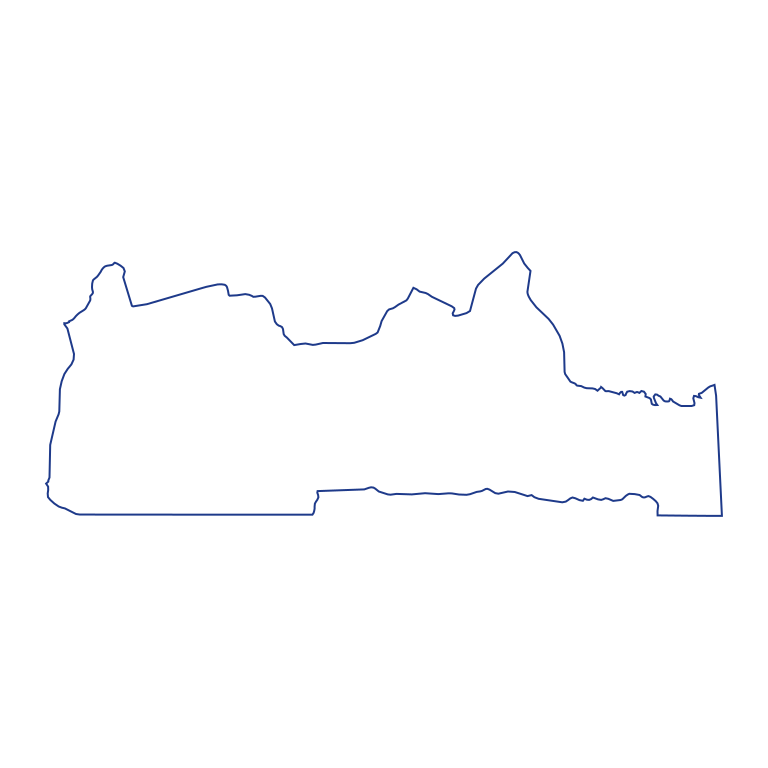 map outline of Sud (Albers equal-area conic projection)
{"feature_id": "CMR-803", "entity_name": "Sud", "entity_type": "Province", "adm_level": 1, "iso_a3": "CMR", "parent_name": "Cameroon", "parent_adm1": "", "projection": "albers", "projection_center": [11.82, 2.912], "detail": "fine", "context": "isolated", "style": "outline", "palette": "blue", "viewbox_px": 768, "rotation_deg": 0, "n_neighbors": 0, "source": "natural_earth", "source_scale": "10m", "svg_char_len": 4277}
<svg xmlns="http://www.w3.org/2000/svg" viewBox="0 0 768 768"><path d="M390.5,494.7L387.8,494.4L378.8,491.5L375.2,488.6L373.5,487.6L371.1,487.3L368.9,487.8L364.3,489.4L317.6,491.1L317.3,492.7L318.1,495.0L318.4,497.3L317.3,499.8L316.0,501.6L314.9,503.6L314.6,506.5L314.6,508.7L314.2,510.9L313.6,512.9L312.4,514.7L260.1,514.7L207.7,514.7L155.4,514.6L152.8,514.6L114.3,514.6L103.1,514.6L79.5,514.5L76.0,514.0L64.9,508.4L61.9,507.7L58.7,506.5L54.3,503.5L50.3,499.9L48.0,497.1L47.7,493.5L48.2,489.9L48.1,486.6L46.1,483.6L48.3,481.6L48.3,480.5L49.5,477.5L50.2,444.9L55.6,421.5L58.6,414.3L59.3,411.4L59.9,389.2L61.7,381.2L64.4,374.0L67.7,368.9L71.4,364.4L73.6,359.6L74.0,354.0L67.4,328.5L64.3,324.3L64.3,323.2L66.0,323.3L67.1,323.0L69.1,322.1L69.1,321.3L72.1,320.0L73.2,319.2L74.2,318.2L75.9,316.1L77.6,314.4L79.5,312.8L84.0,310.0L85.1,309.1L85.8,308.3L90.0,300.8L90.2,300.4L90.3,299.8L90.4,298.9L90.2,297.2L90.2,296.4L90.5,295.9L92.1,294.2L92.5,293.6L92.9,292.9L92.9,292.3L92.9,291.8L92.2,289.3L92.0,287.1L92.2,283.6L92.9,280.6L93.2,280.0L93.8,279.4L96.9,276.9L98.1,275.5L100.7,271.8L101.3,270.6L101.9,269.6L102.9,268.3L104.0,267.2L104.5,266.8L105.1,266.4L106.2,266.0L107.3,265.7L111.3,265.1L112.1,264.9L112.5,264.7L113.0,264.4L114.1,263.2L114.4,262.9L114.8,262.7L117.3,263.7L120.6,265.7L123.5,268.0L124.8,271.4L123.2,277.1L131.9,305.8L133.1,306.4L146.9,304.2L201.9,288.1L206.5,286.8L217.8,284.4L221.6,284.3L224.8,284.8L226.2,285.8L227.0,287.1L228.0,290.8L228.7,294.8L229.6,295.7L237.0,295.3L245.3,294.1L249.2,294.8L251.8,295.9L253.3,296.8L255.3,296.7L260.8,295.8L262.7,295.9L265.0,297.5L270.2,304.0L272.0,308.4L274.9,321.5L276.8,324.2L278.7,325.6L280.5,326.2L282.1,327.2L283.0,329.1L283.7,334.1L284.7,335.8L286.8,337.5L294.2,345.1L300.7,344.0L305.5,343.5L312.8,344.9L315.7,344.6L322.9,343.0L350.2,343.2L354.2,342.8L362.7,340.2L375.7,333.9L377.6,332.5L380.2,326.0L381.6,321.1L387.2,311.1L389.1,309.4L392.9,308.3L395.0,307.1L398.5,304.6L406.4,300.4L407.8,298.6L413.4,287.8L416.6,289.3L419.6,291.6L425.7,293.0L428.0,294.1L431.9,296.8L451.7,306.3L454.2,308.1L454.5,309.5L453.6,311.7L453.3,312.1L452.7,313.3L453.1,315.3L455.1,315.9L458.1,315.6L466.5,313.1L470.0,311.0L476.0,288.6L478.1,284.9L484.2,278.6L502.8,263.6L512.5,253.2L514.6,252.2L516.5,252.1L517.9,252.8L518.8,253.6L520.0,255.1L524.2,263.5L527.8,268.0L530.5,270.9L527.4,291.9L527.6,293.4L528.0,294.8L528.8,296.7L530.8,300.2L536.4,307.3L548.6,318.9L553.1,324.6L559.6,335.8L562.4,343.6L564.1,352.2L564.6,371.9L565.2,374.1L570.4,381.6L571.3,382.1L574.7,383.4L575.9,384.3L576.4,385.1L577.1,385.6L581.2,386.1L584.3,387.6L586.7,388.2L592.5,388.4L595.1,389.0L597.5,390.7L600.9,387.6L601.1,387.0L602.4,388.0L605.4,391.1L606.5,391.2L608.7,391.1L616.6,393.2L619.1,394.3L619.9,393.0L621.1,391.9L622.2,391.9L623.2,395.1L624.4,395.6L625.6,395.0L626.1,393.6L627.2,391.7L629.6,391.1L632.5,391.5L634.6,392.9L636.1,392.3L637.0,392.0L637.8,392.2L639.4,392.9L641.4,391.0L644.0,391.7L645.7,394.0L645.4,396.5L649.6,398.1L650.9,399.4L651.8,403.8L653.1,404.7L655.0,405.1L657.3,405.0L656.0,403.2L653.9,397.9L653.7,396.5L655.3,394.4L657.0,394.6L658.7,395.8L660.4,396.5L663.7,400.6L665.2,401.4L667.7,401.5L668.9,401.3L669.4,400.8L670.0,398.7L671.3,399.2L672.5,400.6L672.9,401.4L679.5,405.3L681.4,406.0L691.6,406.0L694.2,405.2L694.5,403.1L693.3,398.3L694.0,395.9L695.8,396.1L698.2,397.2L700.6,397.7L698.8,394.9L699.0,393.8L701.7,392.9L708.3,387.5L710.3,386.3L712.6,385.6L714.5,384.9L716.1,395.7L721.9,515.4L721.9,515.9L714.6,515.9L687.7,515.7L657.6,515.4L657.5,511.1L658.2,505.8L657.5,503.3L655.8,501.2L653.2,498.9L650.5,496.9L648.5,496.1L647.3,496.4L644.8,497.4L643.2,497.4L642.0,496.9L639.6,495.0L634.7,494.1L629.3,493.8L627.8,494.5L625.8,495.9L622.3,499.3L620.6,500.0L613.2,500.9L608.3,498.8L605.5,498.2L603.1,499.3L601.2,499.9L598.1,499.4L592.9,497.5L591.1,499.1L589.1,499.9L586.9,499.7L584.4,498.7L582.9,500.8L579.4,500.1L575.4,498.3L572.5,497.5L570.3,498.4L568.2,500.0L565.8,501.6L562.3,502.3L538.6,498.8L534.4,497.2L531.6,495.1L527.5,496.1L524.5,495.1L514.8,492.0L508.0,491.5L498.4,493.7L495.2,493.1L489.5,489.6L487.3,488.8L485.7,489.0L482.0,490.9L480.2,491.4L476.7,491.9L470.0,494.2L466.5,494.8L458.9,494.5L451.8,493.4L448.7,493.3L438.4,494.1L425.1,493.2L411.8,494.4L396.4,493.9L390.5,494.7Z" fill="none" stroke="#1e3a8a" stroke-width="2"/></svg>